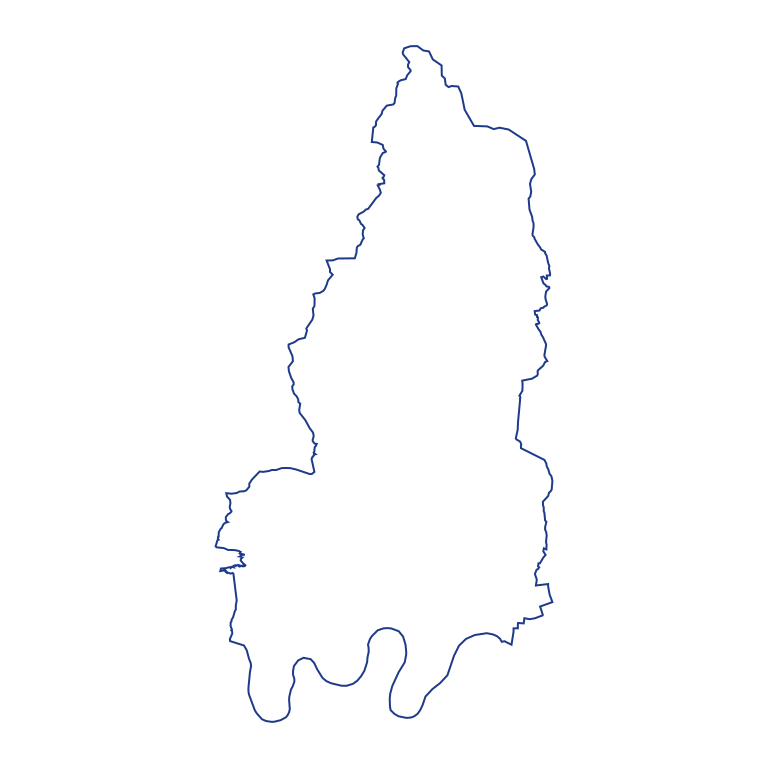 outline of Gurasada, Hunedoara, Romania
{"feature_id": "2599482B26804986982160", "entity_name": "Gurasada", "entity_type": "district", "adm_level": 2, "iso_a3": "ROU", "parent_name": "Romania", "parent_adm1": "Hunedoara", "projection": "orthographic", "projection_center": [22.572, 45.999], "detail": "fine", "context": "isolated", "style": "outline", "palette": "blue", "viewbox_px": 768, "rotation_deg": 0, "n_neighbors": 0, "source": "geoboundaries", "source_scale": "gbopen_adm2", "svg_char_len": 6097}
<svg xmlns="http://www.w3.org/2000/svg" viewBox="0 0 768 768"><path d="M518.0,422.3L520.1,399.8L519.9,398.6L520.4,397.8L520.0,396.2L519.4,395.7L522.4,390.8L522.6,384.0L522.2,380.6L532.0,378.7L537.2,375.6L537.8,373.9L537.6,371.1L538.3,370.0L543.1,365.8L545.1,362.0L547.3,361.1L544.6,356.7L544.4,355.0L546.1,345.3L546.0,344.0L542.9,337.1L541.4,334.8L540.3,331.4L539.0,330.0L535.9,324.6L536.3,323.9L538.4,323.8L539.2,323.3L539.2,322.6L537.7,319.9L538.0,317.8L537.7,317.0L537.0,316.9L537.0,315.1L535.4,314.8L535.0,313.9L534.7,311.1L539.5,310.5L540.7,308.3L543.4,307.7L543.9,306.9L546.8,305.3L547.1,304.1L545.5,298.8L545.3,296.3L546.1,291.6L549.4,288.0L548.9,286.8L546.4,286.4L545.5,284.9L543.5,283.4L541.2,277.2L543.3,276.5L546.2,279.1L547.1,278.8L546.8,275.5L550.0,275.4L550.1,273.5L548.9,268.2L549.4,266.1L548.2,263.2L546.6,255.6L545.1,253.1L545.0,251.8L541.0,249.4L540.3,247.7L538.0,244.7L534.5,238.6L534.4,237.5L532.6,235.5L532.5,234.1L533.6,226.7L533.5,223.2L532.6,220.6L532.1,216.7L529.5,209.6L528.6,198.6L530.3,196.6L531.2,191.7L530.0,184.0L531.3,179.2L534.8,174.5L534.2,169.1L526.0,140.9L508.6,129.5L499.5,127.7L493.7,129.1L487.3,126.4L474.0,125.9L464.7,109.8L461.3,93.3L458.2,86.5L451.6,86.0L448.6,87.1L445.7,84.8L444.8,78.4L441.8,75.7L441.6,65.5L432.8,59.4L429.0,51.4L423.3,50.5L417.4,46.1L410.6,46.2L404.2,48.3L402.7,52.5L403.1,54.4L409.3,62.1L408.1,64.3L408.0,67.0L410.6,70.2L410.6,71.2L407.2,75.3L405.7,79.1L400.7,80.3L397.8,82.1L397.4,82.9L398.0,83.7L396.3,88.4L396.2,95.7L395.2,98.0L394.5,103.1L393.1,104.5L386.8,105.6L382.5,110.7L381.6,114.0L376.6,120.6L375.9,122.3L376.0,125.1L374.7,126.8L373.3,127.5L371.8,142.0L377.3,142.5L382.7,144.9L383.5,148.8L385.9,151.4L385.6,152.0L382.8,153.0L380.5,156.7L379.8,158.5L379.0,164.8L377.5,166.7L378.4,167.9L378.8,170.5L384.3,175.2L383.3,177.5L382.6,177.7L382.6,178.5L384.1,179.8L384.3,183.3L379.0,184.1L379.5,184.8L377.7,185.3L379.9,189.7L380.8,192.8L379.1,195.6L376.3,197.9L368.2,208.8L365.8,209.6L363.6,211.7L358.8,214.2L357.3,216.7L357.8,219.3L359.2,220.1L361.1,224.0L362.5,224.9L364.6,228.0L363.0,230.4L362.7,234.7L363.8,238.3L362.7,239.4L360.3,244.8L358.0,246.0L356.9,247.4L356.4,253.0L354.8,258.3L338.1,258.5L332.7,260.4L326.6,260.5L330.0,269.2L330.0,272.0L332.7,274.7L327.9,280.5L326.6,284.8L324.9,288.7L323.4,290.8L319.8,292.9L315.0,293.5L313.3,294.4L314.6,298.0L314.5,305.4L314.1,306.8L312.8,308.6L313.5,315.4L312.4,319.5L306.3,328.5L307.0,330.6L304.9,337.8L298.5,339.3L294.4,342.2L288.6,344.5L288.6,347.3L292.5,356.3L292.9,361.3L288.5,366.9L288.9,371.2L291.3,378.2L293.5,382.0L293.7,384.2L292.2,386.5L292.5,389.6L294.1,393.7L296.8,396.5L298.2,399.5L298.4,402.1L300.2,403.6L299.2,410.1L299.7,413.0L305.3,420.1L309.7,428.2L313.1,432.7L313.7,436.3L312.7,439.6L312.7,441.1L314.6,443.6L316.7,443.9L315.7,446.1L314.7,447.2L314.3,451.5L313.7,452.6L315.5,454.2L313.9,454.4L313.9,455.5L312.6,456.6L312.6,457.4L311.9,457.9L311.6,459.2L314.4,471.9L311.9,473.9L309.9,474.1L296.2,469.5L290.2,468.1L286.5,468.0L281.7,468.1L276.2,470.0L271.7,470.0L269.0,471.0L262.9,471.9L259.7,471.5L252.0,479.5L249.3,483.6L249.3,486.8L246.3,490.3L244.0,491.3L239.7,491.5L236.7,493.0L231.7,493.7L226.3,493.2L227.0,496.5L230.1,500.0L230.4,503.3L229.7,507.1L230.3,509.4L231.5,511.0L231.4,511.7L229.4,513.6L228.2,514.0L225.8,517.2L225.9,519.9L226.5,521.2L227.8,522.1L225.4,522.7L223.4,524.3L221.6,528.2L220.8,528.6L219.2,531.4L218.7,532.7L218.6,536.8L218.1,536.9L217.9,538.1L218.0,539.1L218.6,539.7L217.4,540.3L215.6,546.4L216.6,547.3L223.8,548.1L228.0,549.9L234.7,550.1L238.7,550.9L240.6,551.9L239.7,553.4L244.8,554.8L240.7,555.0L240.9,556.1L240.0,556.5L240.8,556.6L241.6,557.2L241.5,557.8L242.1,557.8L240.9,558.9L240.7,560.6L243.9,564.1L245.6,565.2L243.5,564.3L243.4,564.7L245.2,565.5L244.8,566.1L242.9,566.4L240.3,565.6L240.7,566.1L239.5,566.6L237.3,565.2L236.0,565.2L235.7,566.0L234.8,565.4L233.4,565.9L233.2,566.4L233.7,567.3L231.7,566.8L230.6,568.1L229.8,567.1L225.6,568.2L220.9,568.5L220.3,571.1L223.6,570.5L223.8,569.9L224.8,569.6L226.5,571.6L225.8,571.9L227.2,573.1L228.1,572.7L230.6,573.6L232.5,573.0L233.4,573.6L236.7,600.5L235.8,605.5L235.8,609.5L234.8,611.3L233.1,617.2L231.6,619.8L231.5,621.4L230.7,622.3L230.6,626.2L231.9,629.5L231.3,630.3L232.0,630.9L232.3,633.5L229.9,639.0L230.1,641.1L244.0,645.5L246.7,650.2L249.0,658.7L250.7,663.0L251.1,665.9L249.9,672.5L248.4,688.4L248.5,691.6L249.1,694.9L254.8,710.2L256.5,713.0L261.9,719.2L266.0,721.0L271.9,721.9L274.4,721.7L280.6,720.2L285.9,717.3L287.5,715.4L289.1,712.3L289.8,709.1L289.1,700.0L289.3,696.7L291.0,689.5L292.7,686.4L294.4,681.5L294.3,678.7L293.1,675.1L293.0,671.6L293.9,666.1L298.2,660.4L303.5,657.8L310.7,659.2L314.2,663.0L317.3,669.5L322.5,677.9L326.5,681.2L331.3,683.3L341.4,685.7L346.5,685.8L352.8,683.9L357.3,680.7L361.1,676.2L364.3,670.9L367.1,662.3L367.5,657.3L368.7,651.9L368.6,647.7L368.0,644.6L370.0,639.0L371.8,636.2L377.7,630.3L383.3,628.4L387.3,628.1L391.1,628.4L398.7,631.2L403.1,636.6L405.5,644.6L406.2,651.7L406.2,654.6L404.7,662.4L398.6,672.3L392.3,686.0L390.3,693.3L389.7,698.5L390.0,706.8L390.6,710.1L394.3,713.8L398.6,716.3L406.5,717.9L411.2,717.5L414.2,716.3L417.6,713.8L420.2,710.1L422.5,705.3L425.5,696.5L432.5,689.0L440.1,683.1L447.4,675.3L454.0,655.8L459.0,645.7L466.0,638.9L474.9,635.0L486.8,633.2L492.9,634.4L496.9,636.1L499.9,638.6L501.8,641.8L504.4,641.2L511.5,644.7L513.5,632.1L513.6,628.3L518.7,628.3L517.7,627.9L518.0,623.0L523.7,623.4L524.4,618.2L529.5,619.2L534.8,618.3L542.6,615.4L542.8,614.9L540.1,606.5L552.4,602.1L549.6,594.5L548.1,586.2L548.1,584.0L535.9,585.5L536.8,579.6L534.9,574.0L536.6,569.7L537.9,569.1L539.2,567.4L538.0,566.2L538.5,563.3L539.9,563.3L543.3,557.6L545.6,554.9L543.3,551.3L543.9,548.3L546.4,549.4L546.6,544.6L546.0,542.0L546.7,535.6L546.2,532.1L545.1,529.5L545.1,527.2L546.4,521.8L545.1,520.4L544.4,512.9L543.8,511.4L543.7,507.3L543.0,505.2L542.9,501.7L548.2,496.0L549.0,492.7L550.7,491.2L551.7,489.5L552.4,480.8L551.4,476.2L549.5,473.7L548.3,469.3L546.7,466.4L546.4,463.7L544.4,459.9L521.0,448.2L520.9,445.8L521.3,444.4L520.1,441.6L516.4,439.4L515.8,438.4L517.7,429.7L518.0,422.3Z" fill="none" stroke="#1e3a8a" stroke-width="2"/></svg>